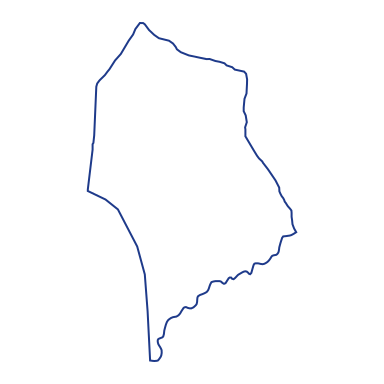 the district of Conguaco, Jutiapa, Guatemala
{"feature_id": "79465075B31085680066755", "entity_name": "Conguaco", "entity_type": "district", "adm_level": 2, "iso_a3": "GTM", "parent_name": "Guatemala", "parent_adm1": "Jutiapa", "projection": "natural_earth1", "projection_center": [-90.0, 14.001], "detail": "fine", "context": "isolated", "style": "outline", "palette": "blue", "viewbox_px": 384, "rotation_deg": 0, "n_neighbors": 0, "source": "geoboundaries", "source_scale": "gbopen_adm2", "svg_char_len": 2732}
<svg xmlns="http://www.w3.org/2000/svg" viewBox="0 0 384 384"><path d="M296.2,232.2L294.1,228.5L292.5,224.3L292.1,220.3L291.6,216.8L291.6,215.5L291.6,212.9L291.4,210.5L290.2,208.9L288.9,207.4L287.9,206.3L286.9,204.8L285.8,203.0L284.7,201.6L284.2,200.0L283.2,198.1L281.7,196.2L280.3,193.5L279.4,191.4L279.2,187.6L275.5,180.4L267.9,169.2L262.9,162.7L262.3,161.5L259.0,158.4L257.0,155.7L253.7,150.3L245.4,136.3L245.4,129.3L245.1,127.4L246.8,122.2L245.7,115.4L243.7,111.2L243.7,107.5L244.5,98.8L246.5,93.5L247.0,83.8L247.1,79.4L246.1,73.8L244.1,71.6L234.8,69.6L232.2,67.2L226.6,65.4L224.5,63.3L219.6,61.8L215.4,61.0L209.6,59.0L206.4,59.1L188.8,55.4L180.8,52.2L176.9,49.3L175.8,47.1L173.0,43.5L169.0,40.7L158.9,38.2L154.2,34.9L149.1,30.1L144.8,24.3L143.2,23.1L139.9,23.0L135.4,29.0L133.1,34.5L128.7,40.7L120.8,54.0L115.1,60.4L109.4,69.3L107.5,71.6L104.9,75.1L100.0,79.9L99.2,80.8L97.2,83.5L96.3,86.7L94.2,135.4L93.4,142.9L92.6,144.2L92.6,149.6L87.8,189.6L87.8,191.0L105.5,199.5L117.9,209.4L137.2,246.5L144.8,274.4L147.6,311.3L150.1,360.5L151.6,360.7L152.9,360.9L154.5,361.0L155.7,360.9L156.8,360.8L157.9,360.5L158.8,359.5L159.7,358.3L160.7,356.8L161.3,355.3L161.7,352.9L161.6,350.2L161.2,349.1L160.2,347.2L159.1,345.5L158.4,344.3L157.9,342.7L157.7,341.1L157.8,340.0L158.3,339.1L159.4,338.5L160.2,338.2L161.2,337.8L162.3,337.4L163.2,336.5L163.9,334.1L164.3,330.5L165.1,327.4L165.9,324.6L166.9,322.0L168.0,320.3L169.1,319.3L171.0,318.0L172.9,317.2L174.5,316.9L176.3,316.6L177.6,315.9L178.7,315.1L180.1,313.5L181.6,310.9L182.6,309.4L183.6,307.9L184.4,307.4L185.4,307.1L186.4,307.2L187.5,307.8L189.4,308.3L191.2,308.4L193.4,307.4L194.2,306.7L195.1,305.9L195.9,305.1L196.6,304.1L196.9,302.9L197.1,301.9L197.2,300.2L197.4,297.8L197.9,296.4L199.3,295.4L200.2,294.9L202.2,294.2L203.4,293.7L204.1,293.4L205.7,292.6L206.9,291.8L208.1,290.2L208.6,289.1L209.1,287.7L209.5,286.4L210.0,285.0L210.4,284.1L210.9,283.1L211.5,282.1L213.4,281.5L214.5,281.3L215.7,281.1L217.4,281.1L219.0,281.1L219.9,281.2L221.2,281.7L222.5,283.0L224.0,283.8L225.5,283.2L228.7,278.2L229.8,277.5L231.2,277.6L232.1,278.8L233.6,279.2L235.2,277.9L237.8,275.1L238.6,274.5L240.0,273.7L242.2,272.4L243.2,271.9L244.2,271.5L245.5,271.3L246.8,271.6L248.2,272.8L248.9,273.7L250.1,274.2L251.3,273.0L252.0,270.5L253.2,266.3L253.7,264.8L254.4,263.7L255.7,263.3L257.1,263.3L258.5,263.4L260.5,263.9L262.6,264.2L264.3,263.8L265.7,263.1L267.4,262.0L268.8,260.6L269.9,259.2L271.0,257.5L271.5,256.6L272.3,255.8L273.7,255.3L275.4,255.0L276.3,254.8L277.3,254.0L278.3,252.6L278.7,251.4L279.0,249.8L279.3,247.3L280.5,242.9L281.0,241.3L281.6,239.5L282.1,237.9L283.2,236.4L286.2,236.1L288.1,235.8L289.6,235.6L291.3,235.1L293.7,233.8L296.2,232.2Z" fill="none" stroke="#1e3a8a" stroke-width="2"/></svg>